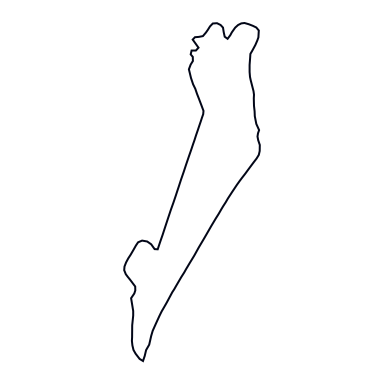 outline of Aracaju, Sergipe, Brazil
{"feature_id": "56859067B16826137488503", "entity_name": "Aracaju", "entity_type": "district", "adm_level": 2, "iso_a3": "BRA", "parent_name": "Brazil", "parent_adm1": "Sergipe", "projection": "natural_earth1", "projection_center": [-37.097, -11.012], "detail": "fine", "context": "isolated", "style": "outline", "palette": "ink", "viewbox_px": 384, "rotation_deg": 0, "n_neighbors": 0, "source": "geoboundaries", "source_scale": "gbopen_adm2", "svg_char_len": 2005}
<svg xmlns="http://www.w3.org/2000/svg" viewBox="0 0 384 384"><path d="M258.8,30.5L256.3,27.5L252.8,25.8L248.7,24.2L244.5,23.0L241.3,23.4L238.1,25.0L235.2,27.6L231.8,32.4L230.3,35.2L227.6,38.8L224.7,36.7L223.7,32.1L223.0,27.6L220.6,25.0L217.0,23.2L212.8,23.5L210.0,26.4L207.8,29.9L205.9,32.6L202.9,36.1L198.8,36.9L195.0,37.2L192.7,39.6L195.3,43.2L198.5,47.7L195.9,50.5L191.6,50.5L190.7,54.4L192.8,56.9L192.9,61.0L190.7,64.5L188.9,69.3L191.0,78.0L193.1,84.3L195.3,88.8L197.0,93.8L198.6,97.9L201.5,105.5L203.5,110.9L203.2,114.2L202.0,117.6L200.7,121.6L199.4,125.4L197.9,129.9L196.1,135.1L194.4,140.4L193.0,144.4L191.5,148.9L190.4,152.1L189.1,155.8L186.0,164.9L183.7,171.9L181.1,179.4L178.7,186.8L177.2,191.3L175.8,195.6L173.4,202.7L170.9,209.7L168.4,217.2L165.5,226.0L162.6,234.9L160.2,241.8L157.7,249.3L154.6,249.1L151.2,244.3L147.2,241.5L142.1,240.6L138.1,242.3L136.0,245.4L133.4,250.0L130.6,254.8L128.3,258.3L126.1,262.4L124.5,266.5L124.2,270.2L125.8,274.2L127.8,276.9L130.0,279.6L135.2,286.5L135.3,290.4L134.3,293.5L131.1,298.2L133.2,311.0L133.2,315.6L132.2,325.3L132.1,337.2L131.9,340.9L132.4,345.4L133.5,350.0L135.6,353.7L139.6,358.9L143.0,361.0L144.7,356.0L146.1,350.1L149.2,344.7L151.2,335.9L152.7,330.8L156.1,323.2L159.4,316.0L161.6,311.5L164.1,307.2L166.9,302.3L170.8,295.0L172.3,292.2L174.2,289.3L176.3,285.6L181.4,276.9L184.2,272.5L186.1,269.1L189.8,262.9L194.2,255.7L195.7,253.0L198.8,247.4L203.2,240.0L206.4,234.5L211.4,225.8L215.7,218.6L218.6,214.0L221.6,208.8L223.3,206.0L225.7,202.3L227.9,198.5L232.0,192.2L235.2,187.4L237.0,184.7L239.5,181.2L241.9,178.0L245.4,173.5L247.8,170.2L249.8,167.5L253.6,162.4L256.6,158.5L258.8,154.9L259.7,151.0L259.8,145.0L258.2,140.2L257.5,136.5L258.0,133.3L259.1,130.1L256.3,123.9L254.8,116.2L254.6,111.3L254.0,105.9L253.9,102.3L253.8,98.2L254.0,94.7L253.5,91.1L251.8,84.5L250.7,80.2L250.0,76.9L249.6,72.0L249.6,64.9L250.1,58.3L250.4,53.9L252.1,51.0L253.9,47.7L255.4,44.9L257.3,40.5L258.4,37.4L258.8,30.5Z" fill="none" stroke="#020617" stroke-width="2"/></svg>